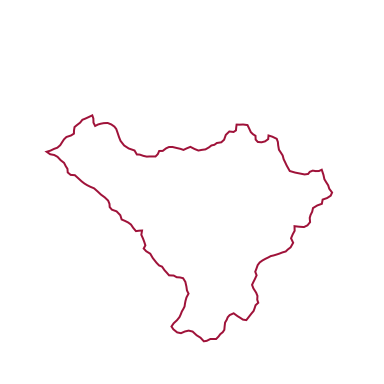 São Gonçalo do Rio Abaixo, Minas Gerais, Brazil (Robinson projection), rotated 316°
{"feature_id": "56859067B788789962978", "entity_name": "São Gonçalo do Rio Abaixo", "entity_type": "district", "adm_level": 2, "iso_a3": "BRA", "parent_name": "Brazil", "parent_adm1": "Minas Gerais", "projection": "robinson", "projection_center": [-43.325, -19.797], "detail": "fine", "context": "isolated", "style": "outline", "palette": "rose", "viewbox_px": 384, "rotation_deg": 316, "n_neighbors": 0, "source": "geoboundaries", "source_scale": "gbopen_adm2", "svg_char_len": 3075}
<svg xmlns="http://www.w3.org/2000/svg" viewBox="0 0 384 384"><g transform="rotate(316 192 192)"><path d="M96.8,307.6L99.2,309.3L103.1,310.5L107.2,314.5L110.7,314.4L113.6,313.9L116.7,314.2L119.5,313.6L122.4,311.1L125.1,308.9L128.3,308.0L130.7,306.9L133.6,306.7L137.7,308.2L138.5,312.9L139.3,316.0L140.0,319.2L142.1,321.9L146.3,321.3L150.5,320.7L153.6,320.4L156.1,319.2L159.1,317.6L162.7,317.7L164.1,314.8L166.9,312.2L168.2,309.0L169.2,304.0L170.7,300.5L173.6,299.4L176.8,298.3L180.6,296.8L182.1,293.3L184.9,292.0L188.5,290.2L191.8,289.7L195.2,290.2L198.5,291.1L201.5,292.1L204.1,292.8L206.6,294.3L209.3,295.7L212.0,297.0L215.1,298.3L218.1,299.9L220.9,299.9L224.5,300.3L229.5,298.8L231.1,294.1L235.1,292.4L238.9,291.2L242.0,287.8L244.7,291.1L248.2,295.0L251.9,296.2L256.0,295.7L258.7,292.4L261.3,290.9L264.7,289.7L267.9,287.6L272.8,288.7L277.2,290.7L280.7,288.2L285.0,290.2L289.2,291.0L292.4,289.7L293.0,285.0L294.6,281.8L295.3,278.3L296.1,274.8L298.5,270.9L300.8,266.1L297.9,265.1L295.5,262.9L293.7,260.5L290.7,259.3L288.1,259.7L285.2,257.6L283.6,255.3L279.7,249.7L276.9,244.8L278.5,238.7L279.6,235.5L280.7,232.1L282.6,228.7L283.3,225.2L283.9,222.0L286.4,218.3L288.5,215.7L289.9,212.6L288.2,208.0L286.3,204.5L283.5,206.9L279.6,206.3L276.5,204.5L274.1,201.7L274.2,198.5L276.7,195.7L276.0,192.8L275.9,189.8L277.1,186.4L278.4,182.4L275.7,179.0L273.2,176.8L270.9,174.5L268.5,176.4L266.4,178.2L263.6,177.7L260.9,174.4L256.0,174.4L251.4,176.7L247.6,176.6L243.9,174.0L240.9,173.6L238.3,172.0L235.3,171.7L231.3,170.7L228.3,168.5L225.4,166.6L223.7,162.8L222.2,158.4L218.4,156.9L215.1,155.8L213.7,153.0L211.3,149.3L209.2,146.0L206.6,143.6L203.7,142.6L199.5,142.1L196.9,139.7L193.7,141.0L190.4,141.1L188.4,139.1L186.1,136.9L184.0,135.1L182.1,132.2L180.4,128.8L178.4,126.7L179.5,122.2L176.7,116.7L175.5,111.4L176.1,105.6L177.6,101.9L179.7,97.5L181.3,94.0L181.6,91.0L180.9,87.4L179.3,83.8L176.4,81.2L173.8,79.5L171.4,78.2L168.2,77.2L169.3,73.7L172.1,70.6L173.5,67.6L168.5,65.9L165.7,64.9L163.3,63.9L159.7,64.4L155.5,63.9L152.6,63.7L149.8,65.8L147.6,68.0L144.2,67.3L139.9,65.2L136.5,65.2L133.4,65.9L129.7,66.8L125.9,66.6L122.8,65.2L118.9,63.9L115.4,62.1L116.2,66.3L118.6,69.7L119.7,73.3L119.6,77.9L120.2,82.2L119.1,85.8L118.5,88.8L116.2,91.6L116.6,95.4L119.4,98.5L119.7,102.7L120.0,107.7L120.5,111.1L121.3,114.2L122.5,117.6L124.1,121.3L124.5,126.2L124.7,130.6L125.5,135.2L125.7,139.9L124.4,143.2L122.3,145.7L122.1,149.1L124.3,153.5L124.3,158.9L122.3,162.9L123.7,166.2L124.9,169.6L125.5,173.0L124.8,176.9L124.5,181.2L127.2,183.2L129.3,185.0L125.8,187.6L124.4,191.5L123.1,194.5L121.4,198.0L118.0,199.1L117.9,202.8L119.1,207.4L117.9,212.3L117.3,218.3L117.3,222.0L118.6,224.9L117.9,229.1L117.8,232.5L117.6,236.0L120.8,239.4L121.8,242.7L124.0,245.1L125.7,247.8L124.8,252.0L122.3,256.1L120.0,259.3L118.9,262.7L114.8,264.0L111.7,265.8L109.3,267.5L107.1,269.2L104.5,270.1L101.7,270.9L98.9,272.2L96.1,273.3L92.1,273.8L87.6,273.7L83.8,274.5L83.2,277.8L83.8,282.7L86.0,285.9L90.0,287.4L93.3,289.4L95.5,292.8L95.8,298.3L96.9,302.7L96.8,307.6Z" fill="none" stroke="#9f1239" stroke-width="2"/></g></svg>